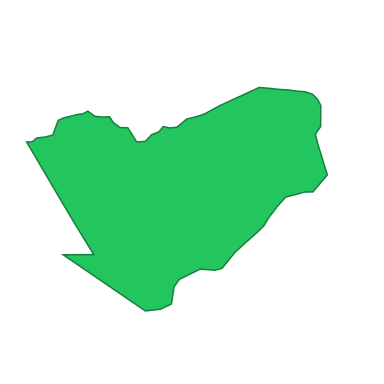 the district of Cacimbas, Paraíba, Brazil, rotated 165°
{"feature_id": "56859067B37855535348821", "entity_name": "Cacimbas", "entity_type": "district", "adm_level": 2, "iso_a3": "BRA", "parent_name": "Brazil", "parent_adm1": "Paraíba", "projection": "robinson", "projection_center": [-37.096, -7.206], "detail": "fine", "context": "isolated", "style": "filled", "palette": "green", "viewbox_px": 384, "rotation_deg": 165, "n_neighbors": 0, "source": "geoboundaries", "source_scale": "gbopen_adm2", "svg_char_len": 968}
<svg xmlns="http://www.w3.org/2000/svg" viewBox="0 0 384 384"><g transform="rotate(165 192 192)"><path d="M45.2,242.2L46.7,249.1L50.3,255.3L56.8,259.6L63.4,261.8L72.1,265.5L80.8,268.4L90.6,272.2L100.0,275.6L142.6,268.3L159.9,264.1L166.5,263.7L172.9,263.7L178.3,263.8L184.0,261.2L189.9,258.5L196.7,259.6L202.9,262.6L208.6,258.6L216.0,257.9L224.1,253.0L232.5,254.7L235.1,263.5L237.4,270.7L244.8,272.9L250.1,279.5L252.1,286.0L258.6,287.4L266.2,290.2L271.7,297.1L276.8,295.8L283.2,296.6L289.3,296.6L296.7,296.8L302.7,295.8L306.6,290.3L311.6,283.1L319.5,283.1L327.9,284.4L333.3,281.8L338.8,283.1L321.1,219.0L313.4,191.6L303.1,157.0L332.7,164.7L267.9,89.2L252.9,86.9L240.8,89.2L233.9,105.0L226.8,110.9L204.2,115.4L190.1,110.5L182.7,110.5L166.5,122.3L153.6,129.1L139.7,136.0L131.7,140.5L124.0,147.7L113.3,156.0L102.9,162.8L83.3,162.8L75.2,160.8L56.8,173.5L57.7,195.6L58.0,205.6L57.9,215.8L50.8,221.9L45.2,242.2Z" fill="#22c55e" stroke="#15803d" stroke-width="1.5"/></g></svg>